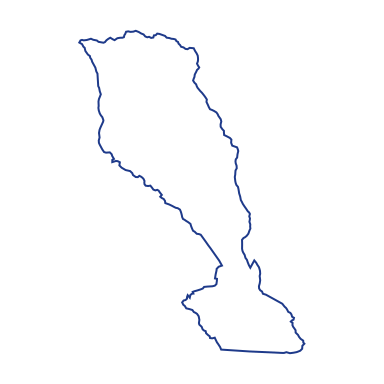 outline of João Lisboa, Maranhão, Brazil, rotated 278°
{"feature_id": "56859067B36370220968900", "entity_name": "João Lisboa", "entity_type": "district", "adm_level": 2, "iso_a3": "BRA", "parent_name": "Brazil", "parent_adm1": "Maranhão", "projection": "mercator", "projection_center": [-47.137, -5.24], "detail": "fine", "context": "isolated", "style": "outline", "palette": "blue", "viewbox_px": 384, "rotation_deg": 278, "n_neighbors": 0, "source": "geoboundaries", "source_scale": "gbopen_adm2", "svg_char_len": 4496}
<svg xmlns="http://www.w3.org/2000/svg" viewBox="0 0 384 384"><g transform="rotate(278 192 192)"><path d="M200.0,139.6L199.1,141.1L198.1,142.3L196.3,143.4L194.6,143.5L193.1,143.9L191.8,145.2L191.8,147.7L192.5,149.9L190.7,151.8L189.0,153.4L188.5,155.5L189.3,157.3L188.7,158.8L187.2,160.1L184.9,162.5L182.9,161.2L181.9,162.8L181.1,165.0L179.4,166.5L177.3,167.1L176.5,171.1L175.5,174.2L174.9,175.8L174.1,178.1L174.0,180.1L172.9,182.5L171.1,183.6L169.4,184.4L167.7,185.1L165.7,185.8L164.0,186.9L163.5,188.4L162.5,190.3L161.6,192.4L160.2,194.9L158.0,195.9L155.7,197.2L153.7,198.5L153.1,200.1L151.3,202.5L151.3,204.7L150.9,206.6L144.3,212.9L141.5,215.5L139.1,217.9L127.8,228.5L123.3,231.9L121.7,228.8L119.3,227.1L117.6,227.2L113.9,226.9L109.6,226.8L109.5,228.8L107.5,229.0L104.2,229.0L102.4,227.6L101.5,225.4L100.5,220.5L99.7,217.2L97.9,216.1L96.6,213.8L95.0,210.4L94.2,208.5L93.2,206.6L91.6,207.5L91.2,206.0L89.7,204.7L87.0,204.5L89.2,202.1L87.2,201.7L85.7,201.9L84.1,200.6L83.4,198.8L81.3,197.6L79.1,199.1L78.2,200.7L76.0,202.5L75.7,205.7L75.2,208.8L73.4,210.5L72.8,212.4L72.0,214.0L69.9,215.9L66.4,217.1L63.2,217.1L61.7,217.7L59.9,220.3L57.4,221.7L56.4,223.4L56.1,224.9L54.1,225.6L52.5,227.9L51.6,229.6L49.9,230.2L49.9,232.4L50.9,234.8L49.3,235.8L46.5,237.7L45.4,238.8L42.4,241.4L40.0,242.8L42.1,271.1L44.6,297.1L45.1,302.8L45.4,305.4L46.5,307.8L46.0,311.4L47.0,315.0L48.0,317.9L48.8,319.4L49.9,321.3L52.1,322.9L55.1,322.7L57.4,324.4L58.4,323.2L60.3,322.8L61.7,320.0L63.5,318.1L65.2,316.9L67.2,314.2L69.5,313.8L71.3,312.2L72.5,311.0L74.1,310.0L76.4,309.8L77.4,307.9L78.7,308.8L79.7,310.3L81.6,310.5L82.4,308.5L84.6,307.5L86.0,306.2L86.7,304.0L89.0,302.4L90.4,301.1L91.2,299.8L92.6,298.3L93.9,297.0L100.6,279.5L101.1,276.4L103.2,275.2L104.2,273.2L105.8,271.9L108.0,271.4L111.0,271.8L114.1,271.8L116.4,271.2L118.2,270.7L120.5,270.9L123.4,270.3L125.5,269.4L126.9,268.7L128.9,266.9L130.9,265.4L132.9,263.2L125.1,260.3L127.5,258.5L130.1,257.0L132.5,255.8L134.2,254.1L137.0,252.9L139.2,251.1L140.7,250.2L142.7,249.5L146.6,249.0L148.7,248.7L151.6,248.2L153.6,249.4L154.5,250.7L156.1,252.2L158.5,253.6L162.0,254.3L163.9,254.9L165.8,254.4L168.1,254.2L170.5,253.0L172.2,253.1L173.8,253.1L175.9,252.1L178.3,252.4L179.7,251.4L180.6,250.0L183.1,247.8L185.0,246.0L187.4,243.9L188.8,243.0L190.8,241.5L194.3,240.3L197.2,238.9L199.5,238.2L201.4,237.6L203.5,236.8L205.1,235.0L207.0,234.0L208.6,233.4L212.8,232.3L215.2,232.4L217.6,232.2L219.4,232.1L221.7,233.0L224.2,232.5L226.5,231.3L228.4,230.8L230.4,230.8L232.4,231.9L235.6,231.8L239.0,232.1L240.7,231.4L242.5,230.4L243.0,227.8L243.5,225.4L246.2,223.9L249.4,223.7L250.8,222.0L252.0,218.7L252.9,215.9L255.5,215.3L257.0,215.1L258.5,213.2L260.6,211.3L263.0,210.9L265.9,211.2L268.1,210.3L271.1,207.5L272.5,206.7L274.2,205.1L275.3,202.6L276.0,200.5L276.5,198.3L278.5,196.8L280.5,195.6L283.2,193.8L285.7,193.8L287.1,192.6L288.4,191.4L289.8,190.0L291.6,188.1L293.3,185.9L296.1,182.9L297.6,181.9L299.2,181.1L300.6,179.2L302.5,177.6L304.4,177.9L306.2,178.4L308.7,178.4L311.8,179.5L313.6,180.0L315.0,181.2L316.4,181.8L317.7,180.6L319.8,179.1L322.0,179.6L323.6,179.6L325.5,179.3L327.8,178.7L329.9,177.3L332.1,175.4L334.6,173.7L334.5,171.3L334.4,169.6L332.8,167.7L332.8,165.6L334.0,163.5L334.3,161.0L335.8,159.8L337.1,158.0L338.6,157.3L339.3,155.5L340.7,154.5L341.0,152.6L340.9,150.3L341.3,148.2L341.3,145.4L342.8,143.6L343.6,139.7L344.0,137.7L344.0,135.5L342.2,134.2L341.8,132.5L339.6,132.2L338.9,130.1L339.7,127.9L339.0,126.2L339.5,124.1L341.3,122.1L341.9,119.6L343.0,117.1L343.8,113.9L342.6,111.5L342.0,108.8L342.2,106.5L341.5,104.4L339.3,103.9L337.9,103.2L335.8,103.0L335.1,101.6L334.7,99.2L333.9,96.7L331.6,94.2L332.2,92.3L333.4,89.6L332.0,87.8L330.3,86.1L328.4,85.0L327.5,83.6L327.7,78.5L328.8,76.7L329.0,73.0L329.7,70.6L327.9,66.7L327.1,63.7L327.3,61.9L326.6,60.5L324.3,59.6L323.1,62.6L320.8,64.2L319.9,65.6L316.8,66.8L313.6,69.8L312.4,72.0L310.8,72.5L309.1,74.1L307.1,75.0L301.7,79.0L298.0,80.5L296.1,81.9L283.8,84.4L282.2,85.5L278.8,86.7L276.1,88.1L273.4,87.5L271.1,86.9L268.6,86.8L264.2,87.6L262.3,87.6L259.9,88.3L257.0,89.7L255.2,91.1L253.6,92.8L250.7,94.3L249.2,94.2L242.8,92.3L240.6,91.8L237.5,91.7L233.1,92.9L230.0,92.5L227.7,93.0L226.1,94.0L221.6,97.3L219.3,99.4L219.0,101.4L219.8,105.1L218.2,107.2L216.5,108.0L213.9,110.1L212.7,108.6L210.5,108.9L212.1,112.3L212.2,114.1L211.4,116.4L208.2,116.4L206.3,118.9L204.5,123.2L204.1,127.8L202.4,130.2L200.6,131.2L199.0,134.2L199.2,136.3L200.7,137.6L200.0,139.6Z" fill="none" stroke="#1e3a8a" stroke-width="2"/></g></svg>